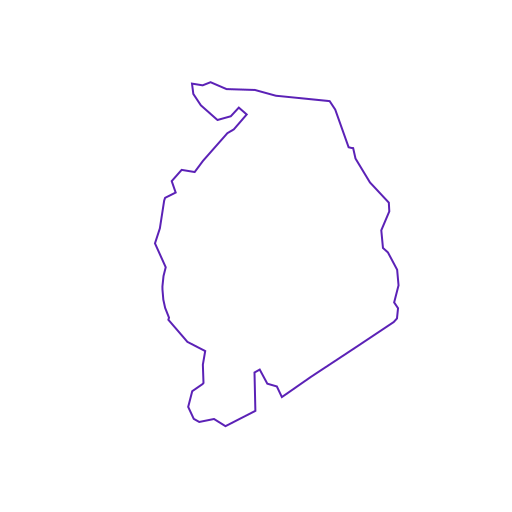 outline of Lexington, South Carolina, United States of America, rotated 215°
{"feature_id": "52423323B37398835360821", "entity_name": "Lexington", "entity_type": "district", "adm_level": 2, "iso_a3": "USA", "parent_name": "United States of America", "parent_adm1": "South Carolina", "projection": "equal_earth", "projection_center": [-81.237, 33.925], "detail": "fine", "context": "isolated", "style": "outline", "palette": "violet", "viewbox_px": 512, "rotation_deg": 215, "n_neighbors": 0, "source": "geoboundaries", "source_scale": "gbopen_adm2", "svg_char_len": 1037}
<svg xmlns="http://www.w3.org/2000/svg" viewBox="0 0 512 512"><g transform="rotate(215 256 256)"><path d="M104.7,285.7L109.7,294.7L116.2,297.2L122.4,313.7L132.5,325.7L150.0,334.6L156.6,335.4L168.1,348.9L172.4,369.0L177.8,375.9L204.8,381.6L230.4,392.9L238.3,400.1L239.7,399.3L242.5,398.2L275.1,421.4L284.5,425.1L331.6,398.7L345.6,393.7L352.1,391.4L375.9,375.8L392.9,372.3L397.6,365.2L407.3,360.5L400.3,352.8L387.6,347.8L365.6,345.3L356.8,356.0L355.2,367.7L344.8,366.6L346.8,347.0L349.9,340.2L354.0,303.6L354.4,289.6L366.3,283.9L368.0,269.0L358.2,261.9L363.8,251.6L363.8,251.4L363.0,248.7L350.6,223.5L346.0,208.4L323.5,195.0L320.3,186.6L315.2,177.4L313.4,174.9L306.9,167.1L300.7,161.4L291.9,155.6L291.2,153.5L284.9,151.9L262.9,146.3L243.1,149.0L237.2,136.5L226.2,121.9L226.3,120.5L230.7,108.7L225.0,93.5L213.6,86.9L207.3,87.5L196.9,98.4L183.4,99.1L167.7,128.8L190.4,159.7L187.8,165.1L173.5,157.9L164.1,161.1L153.9,155.3L151.4,162.0L141.8,188.2L121.9,238.4L105.3,280.9L104.7,285.7Z" fill="none" stroke="#5b21b6" stroke-width="2"/></g></svg>